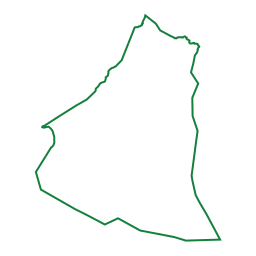 the district of Cagaanxairxan, Uvs, Mongolia
{"feature_id": "93677404B56626130004498", "entity_name": "Cagaanxairxan", "entity_type": "district", "adm_level": 2, "iso_a3": "MNG", "parent_name": "Mongolia", "parent_adm1": "Uvs", "projection": "robinson", "projection_center": [94.224, 49.176], "detail": "fine", "context": "isolated", "style": "outline", "palette": "green", "viewbox_px": 256, "rotation_deg": 0, "n_neighbors": 0, "source": "geoboundaries", "source_scale": "gbopen_adm2", "svg_char_len": 3774}
<svg xmlns="http://www.w3.org/2000/svg" viewBox="0 0 256 256"><path d="M145.3,15.4L145.1,16.0L145.1,16.4L145.0,17.1L144.9,17.3L144.8,17.6L144.7,17.9L144.4,18.3L144.2,18.9L143.8,19.7L143.0,21.1L142.8,21.5L142.7,21.8L142.6,22.1L142.6,22.4L142.6,22.6L142.8,22.7L142.9,22.9L142.9,23.2L142.8,23.4L142.6,23.6L142.3,23.6L142.0,23.7L141.9,23.8L141.9,24.0L142.2,24.4L142.2,24.5L142.0,25.0L141.7,25.3L141.4,25.3L141.1,25.5L140.8,25.7L140.6,25.9L140.4,26.1L140.0,26.2L139.7,26.3L139.4,26.3L139.1,26.3L138.9,26.3L138.7,26.5L138.3,26.9L137.8,27.1L137.4,27.1L137.2,27.1L136.9,27.1L136.4,27.2L135.9,27.2L135.4,27.2L134.7,27.5L125.5,50.6L121.7,60.2L116.3,65.8L116.1,66.0L115.7,66.4L115.2,66.6L114.7,66.7L114.4,67.0L113.8,67.4L113.3,67.6L112.6,67.8L112.0,68.0L111.3,68.4L109.8,69.5L108.6,70.9L108.3,71.7L108.4,72.3L108.5,73.1L108.2,73.7L108.1,74.4L107.9,75.2L107.8,75.7L107.2,76.2L106.7,76.6L105.7,77.4L105.8,78.1L105.8,78.6L105.7,79.2L105.3,80.1L105.2,80.7L105.1,81.1L105.0,81.3L104.8,81.5L104.5,81.7L104.0,81.9L103.2,82.1L101.8,82.6L101.3,82.8L100.8,83.0L100.2,83.4L99.7,83.9L99.5,84.6L99.2,84.9L98.8,85.4L98.5,85.9L97.9,86.5L97.7,86.9L97.6,87.2L97.1,87.5L96.6,87.9L96.2,88.3L95.9,88.6L95.7,89.4L95.7,89.7L95.7,90.1L95.7,90.4L95.6,90.7L94.8,91.8L86.8,99.5L75.9,105.7L57.8,117.1L50.1,122.1L44.3,125.8L44.5,125.9L44.7,126.0L44.6,126.4L44.4,126.5L44.1,126.4L43.8,126.2L43.5,126.2L43.2,126.1L42.8,126.4L42.5,126.5L42.3,126.7L42.2,126.9L42.2,127.1L42.3,127.1L42.8,127.3L43.3,127.5L43.6,127.6L44.0,127.6L44.5,127.6L45.0,127.4L45.9,127.2L46.5,127.0L46.7,126.9L47.0,126.9L47.3,126.9L47.6,126.9L48.0,126.8L48.3,126.7L48.5,126.7L48.9,126.9L49.2,127.2L49.8,127.7L50.2,128.1L50.9,128.7L51.5,129.4L51.9,130.1L52.5,131.0L52.9,131.9L53.1,132.6L53.2,133.5L53.5,134.3L53.8,135.3L54.3,137.1L54.3,138.3L54.2,139.1L54.2,139.6L54.3,140.2L54.2,140.8L54.2,141.1L54.3,141.4L54.4,141.9L54.3,142.4L54.2,143.2L54.2,143.4L54.0,143.7L53.8,144.1L53.6,144.6L53.5,145.0L53.3,145.3L52.9,145.9L52.6,146.3L52.2,146.8L51.8,147.0L51.3,147.2L43.7,159.4L35.9,172.0L40.9,189.6L75.0,209.1L87.8,215.5L104.8,224.5L118.0,218.3L140.1,230.5L174.4,237.1L185.9,240.6L220.1,239.6L206.6,214.4L199.7,202.7L195.6,194.9L192.5,181.0L191.6,175.8L196.0,142.3L197.6,130.9L192.6,116.0L192.3,97.8L198.2,83.5L191.0,72.4L193.3,63.5L194.1,59.4L194.3,58.4L194.5,57.6L194.5,57.2L194.6,56.6L194.8,55.7L195.2,55.2L195.4,54.7L195.7,54.2L196.6,53.1L196.9,52.7L197.3,51.8L197.3,51.5L197.5,51.0L197.5,50.5L197.6,50.1L197.8,49.8L197.7,49.6L197.7,49.4L197.7,49.2L197.9,48.7L197.9,48.4L198.1,48.1L198.4,47.7L198.7,47.4L198.9,47.2L199.2,46.9L199.3,46.7L199.3,46.4L198.9,46.0L198.7,45.8L198.4,45.7L198.2,45.5L198.0,45.2L197.9,45.0L197.9,44.7L197.8,44.4L197.8,44.2L197.5,44.0L197.3,43.9L196.8,43.8L196.5,43.7L196.2,43.7L195.8,43.7L195.5,43.7L194.8,43.7L194.5,43.7L194.4,43.5L194.4,43.4L194.3,43.1L194.2,43.0L193.9,43.0L193.6,43.0L193.4,42.9L193.2,42.9L192.5,43.3L191.9,43.5L191.3,43.5L190.9,43.4L190.6,43.4L190.3,43.4L190.1,43.4L189.8,43.2L189.6,43.1L189.3,42.4L189.2,42.1L189.2,41.9L189.3,41.7L189.2,41.5L189.3,41.3L189.3,41.0L189.5,40.8L189.5,40.6L189.3,40.4L189.0,40.3L188.5,39.8L187.6,39.6L187.3,39.4L186.9,39.2L186.7,39.0L186.5,38.6L186.4,38.5L186.5,38.3L186.6,38.1L186.7,37.9L186.7,37.6L186.4,37.5L185.9,37.2L185.5,37.0L185.3,36.8L185.1,36.5L184.9,36.4L184.7,36.4L184.4,36.5L184.0,36.7L183.5,36.9L183.2,37.2L182.8,37.5L182.6,37.6L182.4,37.6L182.2,37.6L181.9,37.4L181.6,37.2L181.1,37.2L180.6,37.3L180.2,37.2L179.8,37.2L179.3,37.3L179.0,37.3L178.5,37.3L178.1,37.2L177.7,37.4L177.4,37.7L177.2,37.8L176.9,37.9L176.7,38.0L176.5,38.3L176.2,38.4L175.9,38.3L175.6,38.2L175.3,38.1L175.0,38.2L174.8,38.3L174.6,38.2L174.4,38.0L174.2,37.8L173.4,37.3L172.8,36.9L172.0,36.6L170.9,36.2L160.2,30.4L155.8,23.6L145.3,15.4Z" fill="none" stroke="#15803d" stroke-width="2"/></svg>